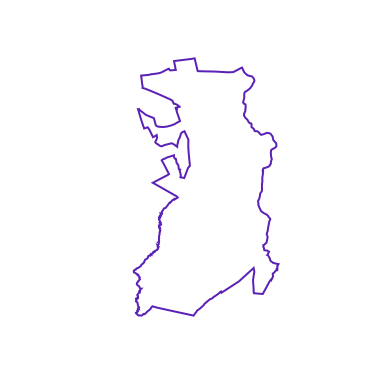 Stejaru, Tulcea, Romania, rotated 54°
{"feature_id": "2599482B28008731037476", "entity_name": "Stejaru", "entity_type": "district", "adm_level": 2, "iso_a3": "ROU", "parent_name": "Romania", "parent_adm1": "Tulcea", "projection": "natural_earth1", "projection_center": [28.523, 44.782], "detail": "fine", "context": "isolated", "style": "outline", "palette": "violet", "viewbox_px": 384, "rotation_deg": 54, "n_neighbors": 0, "source": "geoboundaries", "source_scale": "gbopen_adm2", "svg_char_len": 6080}
<svg xmlns="http://www.w3.org/2000/svg" viewBox="0 0 384 384"><g transform="rotate(54 192 192)"><path d="M78.7,170.9L80.8,169.2L86.2,165.8L93.8,161.2L104.8,154.9L106.7,154.2L109.8,154.9L110.0,154.4L113.1,152.5L115.0,152.7L115.4,151.8L115.8,151.9L114.3,155.7L115.4,156.2L115.9,155.4L116.6,155.9L117.4,156.9L127.6,160.0L127.1,163.1L126.9,166.0L126.0,169.5L124.4,173.7L122.4,177.3L119.5,180.7L118.0,181.8L116.6,182.0L109.9,179.4L102.7,183.9L95.1,186.1L93.9,186.1L93.9,186.4L93.3,187.0L104.4,190.9L112.5,193.4L113.6,189.8L116.8,189.9L124.7,191.3L125.0,189.9L125.2,187.1L127.4,188.3L128.7,189.9L129.7,192.0L130.3,192.5L131.0,192.5L135.8,190.8L136.7,190.2L137.4,189.3L137.4,188.5L138.0,186.3L140.5,180.1L140.9,179.6L143.2,178.5L146.7,177.4L145.5,176.5L143.8,174.4L142.5,173.2L140.5,169.5L138.3,166.7L137.9,164.8L138.4,162.4L147.4,164.1L153.6,168.7L158.4,171.7L169.6,178.3L170.2,181.1L176.1,190.0L173.6,192.5L173.2,192.7L172.8,191.9L171.4,191.0L169.2,190.0L167.6,189.5L166.9,188.4L166.1,189.1L165.0,188.9L163.0,187.6L161.1,187.2L159.9,187.5L155.7,185.6L155.0,186.2L154.3,186.3L152.5,185.6L151.7,185.0L149.3,192.2L149.1,194.3L148.5,196.0L148.5,197.9L152.4,198.3L164.0,200.1L164.0,201.4L161.5,218.3L186.6,206.9L188.1,206.8L187.9,209.8L187.4,210.1L187.8,210.4L187.8,210.9L187.5,210.9L187.1,211.9L187.2,213.0L187.7,215.0L187.8,215.7L187.5,215.7L187.5,216.6L189.4,222.6L188.8,224.3L190.5,228.4L191.6,228.6L192.0,229.1L191.6,229.8L191.1,230.1L192.4,230.6L192.2,231.0L192.4,231.5L192.9,231.6L192.9,231.9L192.4,232.0L192.6,232.4L193.3,231.9L193.5,232.6L193.9,232.8L193.4,233.7L194.4,234.0L194.3,234.5L194.5,234.7L195.3,235.0L196.2,234.9L197.0,235.2L197.6,235.5L197.7,236.1L198.0,235.9L198.1,235.4L198.4,235.3L198.8,235.9L199.1,235.8L199.3,236.1L200.2,236.2L200.2,236.6L199.8,237.0L199.5,236.7L199.2,236.7L199.3,237.0L200.1,237.7L200.1,238.1L199.8,238.5L200.9,239.1L201.5,238.9L201.5,239.5L202.1,239.5L202.6,239.8L202.9,239.8L203.0,239.4L203.3,239.5L203.8,240.1L204.6,240.3L204.7,240.8L205.4,241.3L205.4,241.8L207.2,243.1L208.6,244.9L209.9,245.6L211.2,246.9L212.1,247.2L212.8,248.2L213.3,248.4L213.0,249.0L213.9,248.9L214.4,249.3L215.1,250.7L214.5,251.1L216.2,251.4L216.0,251.7L216.1,251.9L216.6,251.6L216.6,252.0L217.4,252.2L218.2,253.4L218.1,254.0L218.4,254.5L218.1,255.1L218.0,256.1L218.3,256.6L218.0,257.0L218.4,257.7L217.8,258.2L217.7,258.6L218.6,259.6L218.4,260.8L219.0,261.5L218.0,261.7L218.3,262.5L218.9,263.3L218.3,263.8L218.2,265.1L218.8,265.7L218.8,266.1L219.3,266.5L219.5,268.1L219.2,269.7L220.1,271.2L220.8,272.0L220.6,272.5L221.1,273.4L221.1,275.7L221.8,276.8L221.8,280.0L221.7,280.7L221.3,281.2L221.2,282.1L221.7,282.9L221.6,283.6L221.3,284.3L221.7,285.6L222.9,286.2L223.5,285.7L224.7,285.4L225.4,284.9L226.9,284.9L226.7,284.4L226.9,284.3L227.7,284.4L227.9,284.2L229.6,284.7L230.5,284.4L230.7,284.7L230.7,285.0L230.9,285.3L231.6,285.7L232.1,285.6L232.4,287.0L232.7,287.8L232.6,288.2L233.1,288.8L233.1,289.7L233.7,290.6L234.8,291.0L237.3,290.2L239.4,290.7L239.8,290.6L240.4,289.8L240.7,291.3L241.1,291.9L241.0,292.4L241.2,293.1L241.7,293.1L242.2,292.8L242.7,293.3L242.4,294.5L243.1,296.7L243.6,297.0L244.2,296.8L246.2,298.0L246.2,299.0L245.6,299.1L245.8,299.5L245.4,300.0L246.1,300.4L246.0,299.9L246.4,300.0L247.3,300.9L247.4,301.5L247.6,301.6L249.4,301.1L252.4,302.6L254.3,302.6L254.6,303.1L254.5,303.7L255.0,303.8L254.5,304.1L254.6,304.4L255.5,304.7L255.6,305.4L256.6,305.7L256.8,306.4L256.5,306.6L257.1,307.0L257.2,307.3L256.9,307.6L256.8,308.0L256.8,308.5L257.0,308.6L260.2,308.0L260.6,307.8L261.1,306.7L262.3,305.7L262.4,305.3L262.4,303.9L262.1,303.0L262.9,302.3L263.0,302.0L262.4,297.9L262.4,295.6L262.2,294.5L261.6,293.1L261.2,291.2L264.7,288.5L273.4,280.8L293.0,263.3L292.3,261.7L291.4,258.5L290.9,257.6L291.0,254.1L290.4,248.8L289.8,247.7L289.3,240.6L289.9,238.0L289.6,235.5L289.8,234.6L289.8,229.4L289.5,227.9L289.6,227.0L290.8,227.3L291.9,206.6L289.7,186.8L293.1,188.4L298.5,193.8L300.6,195.4L307.3,199.5L308.0,200.3L309.5,200.9L310.0,201.4L310.3,201.4L316.1,194.7L309.8,181.5L309.3,179.5L309.8,179.6L308.5,176.9L307.5,175.7L306.4,175.4L305.5,174.5L305.5,172.9L305.0,171.2L305.0,169.9L304.2,169.0L305.0,168.7L303.7,167.6L302.0,166.5L301.9,165.8L301.2,165.1L301.1,164.5L300.1,165.3L299.2,166.4L297.6,167.4L297.1,168.0L294.3,168.8L293.6,168.9L290.9,168.0L287.2,167.6L287.1,167.8L285.6,164.8L283.6,165.6L281.7,167.6L281.1,167.6L279.8,166.8L278.2,166.5L277.9,166.0L276.9,165.5L277.1,164.8L276.8,161.6L273.3,157.6L271.9,156.9L269.9,156.3L267.5,153.1L266.5,152.3L261.2,146.7L260.0,144.6L258.8,144.5L257.3,144.7L256.0,144.5L254.9,144.6L251.3,146.3L248.1,147.4L243.2,146.4L240.9,145.6L240.0,144.8L238.2,144.0L236.8,141.3L235.2,139.5L233.8,138.2L233.2,137.4L232.4,135.2L231.6,134.2L226.5,130.6L225.8,129.7L224.2,128.4L221.7,126.7L220.3,125.2L218.1,123.2L217.0,122.6L216.9,122.1L216.7,122.0L216.2,122.2L215.6,121.3L215.0,120.8L214.9,119.9L215.3,119.3L216.5,115.2L216.4,113.6L215.8,113.0L215.8,112.3L215.3,111.5L213.8,110.3L212.3,108.1L209.6,107.1L208.4,106.2L207.2,105.7L204.6,103.3L204.6,101.4L204.8,100.9L205.0,98.4L204.6,96.9L204.2,96.5L201.9,95.2L200.5,95.5L199.2,95.5L198.2,95.7L196.5,95.2L194.7,94.2L191.3,94.2L190.7,94.4L189.4,95.3L188.0,97.0L187.6,99.1L186.5,102.4L185.8,102.7L183.0,102.9L181.7,103.3L180.9,103.7L180.1,105.0L179.6,105.4L179.2,105.5L178.2,105.0L176.7,105.0L174.5,105.7L172.2,104.0L171.6,103.8L171.0,104.1L170.7,104.6L169.0,105.1L166.1,104.7L163.5,105.2L160.6,105.0L160.4,104.6L159.2,103.9L158.8,102.8L157.7,101.1L156.1,100.0L155.2,98.8L154.1,98.3L152.9,97.3L152.0,97.4L151.1,98.1L149.5,98.0L146.4,94.2L144.1,92.7L142.7,91.4L142.1,89.9L142.4,88.9L142.4,85.2L142.0,83.0L141.6,82.1L141.4,81.2L140.9,80.1L140.1,79.3L139.7,77.7L138.8,76.3L138.2,75.8L136.6,75.4L134.6,75.4L133.7,75.6L131.4,77.6L130.2,78.5L126.1,79.4L120.7,78.4L119.3,87.9L118.7,89.0L116.5,92.3L108.4,102.2L97.8,116.1L97.4,116.3L85.4,111.3L83.8,114.6L75.5,129.6L83.6,133.3L83.4,133.5L83.6,133.6L80.8,138.2L80.2,138.4L78.7,138.2L78.5,138.5L77.2,146.8L76.1,149.7L73.0,155.5L72.5,156.0L72.1,157.7L67.9,164.7L75.8,169.1L77.2,169.6L78.7,170.9Z" fill="none" stroke="#5b21b6" stroke-width="2"/></g></svg>